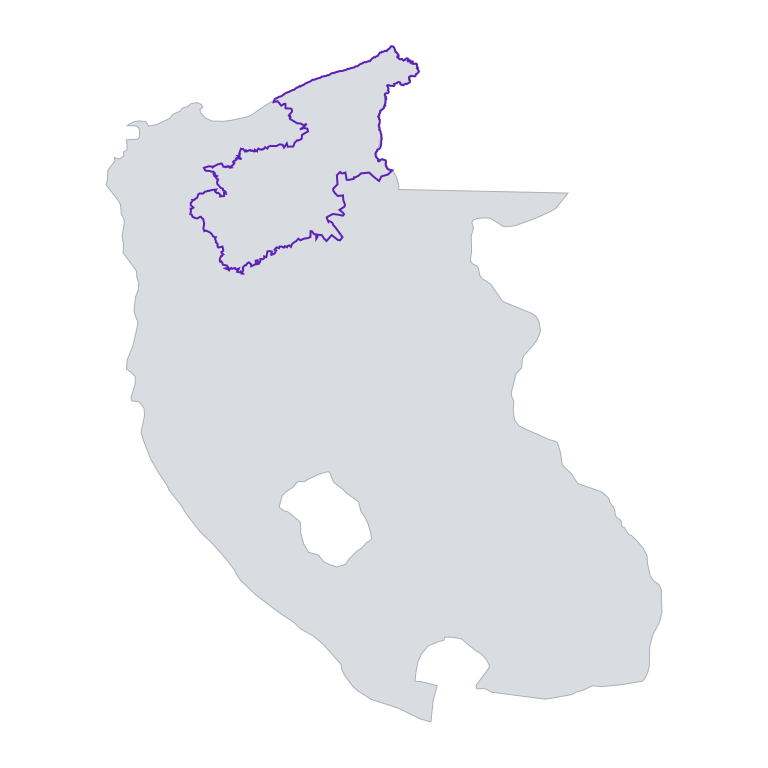 Namakwa, Northern Cape, South Africa shown in context, rotated 90°
{"feature_id": "47623444B2552562251298", "entity_name": "Namakwa", "entity_type": "district", "adm_level": 2, "iso_a3": "ZAF", "parent_name": "South Africa", "parent_adm1": "Northern Cape", "projection": "albers", "projection_center": [17.588, -30.489], "detail": "fine", "context": "in_parent", "style": "outline", "palette": "violet", "viewbox_px": 768, "rotation_deg": 90, "n_neighbors": 0, "source": "geoboundaries", "source_scale": "gbopen_adm2", "svg_char_len": 9663}
<svg xmlns="http://www.w3.org/2000/svg" viewBox="0 0 768 768"><g transform="rotate(90 384 384)"><path d="M589.7,106.7L612.9,106.1L623.0,108.9L634.8,115.2L646.2,118.2L665.9,118.7L672.6,120.3L677.7,122.6L681.2,125.7L684.5,145.6L686.7,166.9L685.8,173.5L686.1,176.2L690.5,185.6L691.9,191.4L694.5,196.2L698.7,219.2L699.1,223.1L692.2,276.6L688.7,282.7L688.7,291.3L685.4,292.0L667.9,278.9L664.5,278.9L658.8,282.2L653.1,287.9L650.2,293.0L639.0,306.3L637.2,315.4L637.1,323.4L640.2,324.1L641.8,330.0L645.8,339.6L653.7,346.4L661.4,350.0L672.5,352.1L681.3,353.0L681.6,346.9L685.6,330.8L700.1,334.8L721.9,337.1L719.0,347.5L707.9,370.5L699.3,397.0L691.1,409.8L686.7,415.0L675.1,423.6L669.2,426.2L664.5,426.8L644.3,444.8L636.5,453.8L628.9,467.3L622.2,474.4L611.8,490.1L594.2,513.0L579.9,527.8L573.9,531.8L569.9,533.6L559.0,541.9L543.6,555.6L531.7,567.9L514.4,581.5L504.7,587.3L489.8,599.1L485.8,600.7L469.4,611.5L457.7,617.9L439.2,625.0L432.0,626.9L415.3,623.4L408.2,624.0L401.9,628.8L400.8,636.2L398.3,637.1L383.1,632.6L376.6,632.8L372.6,636.5L369.3,641.4L360.5,641.0L345.0,634.9L326.6,630.7L322.3,630.1L313.1,633.5L309.9,633.9L296.9,632.4L289.7,629.7L282.7,629.3L277.3,631.1L270.8,631.6L252.8,644.9L243.8,644.5L236.0,645.9L222.3,643.6L218.2,644.3L214.0,646.7L204.6,647.5L200.9,649.5L184.9,661.9L178.4,660.4L170.2,660.1L161.1,653.2L157.5,653.5L158.5,651.5L158.8,647.9L155.6,644.2L151.9,644.3L150.0,641.2L144.5,640.9L139.8,641.7L139.1,629.9L136.9,628.7L131.3,628.4L128.6,628.8L127.3,629.9L125.8,632.6L125.7,640.8L123.8,638.4L121.6,633.5L120.9,628.2L121.7,622.0L126.0,619.6L124.8,611.8L118.3,598.1L114.3,595.2L111.2,588.1L108.0,585.6L106.7,580.7L103.6,576.8L102.6,570.6L104.3,567.0L107.0,565.1L109.8,568.2L113.2,567.0L118.1,562.5L121.1,555.8L121.3,544.9L120.6,538.1L116.8,520.5L115.0,516.5L106.2,503.9L95.9,487.0L82.7,460.5L76.4,444.6L66.7,412.4L58.1,394.3L47.4,377.4L46.1,376.3L47.7,374.2L53.3,370.2L55.8,369.1L57.2,369.6L58.5,368.5L59.8,365.9L60.7,359.9L63.3,353.5L65.6,350.8L70.6,349.0L74.4,351.4L76.1,353.7L76.7,356.7L78.4,358.2L81.1,358.1L83.0,360.0L84.1,363.8L83.9,366.7L82.4,368.4L82.6,370.7L84.5,373.5L86.7,379.8L96.8,383.0L102.6,383.4L108.0,385.0L113.2,387.8L121.6,388.6L133.3,387.2L142.9,388.0L150.5,390.8L156.0,391.3L159.4,389.7L160.9,387.2L160.5,384.0L162.2,381.9L166.0,381.1L169.1,378.7L171.5,374.7L176.9,371.6L185.4,369.2L189.5,369.4L193.1,200.0L208.2,212.0L211.6,217.5L218.7,233.5L225.8,253.3L226.8,262.8L226.4,264.8L218.3,277.4L217.8,283.7L218.5,291.2L220.2,294.9L222.4,296.2L227.9,294.5L236.1,296.8L252.0,296.4L259.8,297.7L261.8,297.1L263.7,295.6L265.9,291.2L267.8,289.8L275.3,288.2L278.7,285.7L284.3,277.1L300.5,266.0L302.4,263.2L313.7,235.5L316.9,231.6L321.5,229.1L330.3,227.5L335.4,228.9L340.8,231.6L346.8,236.1L355.7,244.2L358.8,245.6L368.1,246.4L373.5,251.8L390.7,256.3L395.8,256.5L401.4,254.1L410.3,254.8L420.0,253.5L426.2,248.9L439.6,219.0L441.4,212.3L442.8,210.5L452.2,207.7L463.6,205.9L466.0,204.7L473.7,196.7L483.5,190.3L491.9,166.3L496.6,160.9L499.4,158.6L501.0,158.7L503.5,157.4L506.9,154.7L510.7,153.1L515.0,152.8L517.9,151.0L519.4,147.9L521.7,146.5L524.8,146.8L526.7,145.9L527.3,143.8L534.8,139.2L535.1,137.0L539.6,132.2L548.1,124.8L555.9,120.9L562.9,120.6L576.0,117.7L581.0,114.2L584.4,109.2L589.7,106.7ZM532.8,467.4L543.8,464.3L552.2,459.6L555.0,449.8L561.7,444.2L564.5,438.7L567.0,431.0L564.3,422.4L559.6,419.4L551.3,411.3L547.9,406.1L542.8,401.5L539.5,396.3L533.1,397.2L523.1,400.2L516.7,403.3L511.3,407.1L502.0,409.4L492.4,422.2L489.4,425.1L482.0,434.5L472.0,438.5L471.7,440.3L474.1,448.7L477.8,457.1L481.8,464.1L481.3,468.2L482.5,471.5L486.4,474.0L492.6,482.9L495.8,485.8L506.1,488.7L507.7,488.3L511.0,483.7L511.7,480.3L519.7,470.3L523.1,467.4L532.8,467.4Z" fill="#d9dde1" stroke="#a8b0b8" stroke-width="1"/><path d="M202.9,577.2L205.2,577.3L207.7,574.6L208.9,576.7L208.8,577.4L211.1,577.0L214.2,577.7L214.8,576.2L216.9,575.4L218.3,571.9L218.3,570.4L216.9,568.1L216.8,567.0L218.1,566.2L219.0,564.8L223.6,563.8L228.7,564.6L231.2,563.6L230.6,561.8L232.4,558.1L234.3,556.0L236.3,555.0L237.2,553.3L237.2,552.2L239.2,552.9L241.4,551.9L242.2,552.2L244.1,550.3L245.8,550.6L247.0,550.2L247.5,549.6L246.6,545.6L249.4,544.8L250.9,544.8L252.0,546.5L252.6,546.7L254.4,544.8L254.8,545.7L255.9,545.9L256.1,547.0L259.0,548.2L260.8,548.1L261.1,547.3L261.7,547.7L262.2,545.9L264.7,545.2L265.6,541.0L267.7,539.6L268.4,542.6L269.7,539.5L270.3,538.9L268.7,538.0L268.0,536.7L268.8,535.9L268.0,533.0L269.2,532.4L269.3,531.3L268.5,529.1L269.9,529.6L270.5,530.6L271.8,531.0L272.4,527.7L271.7,527.2L273.6,526.5L273.6,525.1L272.7,525.9L270.1,524.7L267.5,525.2L265.1,522.8L265.1,521.7L263.5,521.0L262.4,519.2L263.9,517.2L266.3,516.8L264.5,513.1L264.2,511.2L262.9,512.1L260.7,512.3L260.2,510.4L263.5,509.5L263.7,509.1L261.5,507.8L258.9,507.6L259.3,505.6L259.0,504.7L258.3,503.8L256.4,503.8L257.1,501.7L251.3,500.5L251.1,498.1L251.7,496.0L254.5,496.9L254.9,496.7L253.7,493.6L250.5,491.8L249.7,493.4L247.4,491.5L248.2,489.0L246.5,488.5L246.6,486.2L247.4,484.9L247.5,483.7L246.7,483.7L246.1,483.0L247.2,480.9L246.1,480.5L245.4,478.8L246.9,477.1L244.5,476.2L242.9,474.8L241.2,471.9L238.7,469.6L240.3,467.5L238.7,464.2L238.2,460.7L237.1,457.6L231.2,457.4L231.3,456.1L234.1,454.0L234.4,451.8L238.8,451.7L236.9,450.5L234.6,451.0L235.2,446.1L238.4,444.1L241.0,441.5L235.1,436.3L240.0,430.1L240.3,427.9L237.1,425.5L227.5,432.5L224.9,434.9L223.3,435.3L222.2,436.4L221.0,439.1L221.8,439.6L217.8,441.3L217.1,441.0L214.0,435.2L214.6,430.1L215.7,425.1L214.3,424.0L213.0,424.7L209.9,428.5L206.7,423.6L204.7,423.0L200.1,424.7L195.4,425.0L196.0,430.2L193.1,433.1L190.8,434.6L188.7,434.8L184.3,430.5L175.3,431.1L172.0,427.9L173.5,425.9L172.6,422.6L179.7,421.4L179.9,419.5L178.9,414.3L177.4,414.1L177.5,413.0L175.6,409.3L173.4,407.0L172.6,398.8L176.9,394.2L181.0,388.9L176.4,386.6L174.6,380.2L170.3,375.7L169.5,379.6L168.5,380.8L165.9,382.1L163.7,382.4L161.8,381.9L160.4,382.3L159.2,385.6L159.8,387.6L160.3,388.3L161.2,388.6L161.4,389.4L160.9,390.0L159.3,389.7L157.4,391.7L155.7,392.4L153.4,392.5L152.3,392.2L151.1,390.9L149.8,390.8L149.2,388.9L146.9,387.4L143.6,386.8L140.5,386.8L138.6,386.2L136.9,386.6L134.4,386.6L133.5,387.2L130.8,387.7L129.7,388.8L128.1,388.5L126.1,389.3L123.8,388.9L123.2,388.3L119.7,388.2L119.2,389.0L117.9,388.9L116.6,389.9L115.5,389.0L114.2,388.9L112.4,387.8L110.9,387.9L108.7,384.9L107.5,383.8L106.4,383.9L105.7,382.8L105.3,383.2L101.8,382.4L100.2,382.5L98.9,381.7L98.1,382.6L97.0,381.9L96.0,382.9L94.7,383.3L93.5,382.7L93.2,380.5L92.8,379.6L91.5,379.2L90.5,379.9L88.4,379.5L85.5,380.9L85.1,380.5L85.3,378.5L85.8,377.6L86.0,374.1L85.2,373.5L83.9,373.8L83.3,371.1L82.3,370.4L82.0,369.5L82.6,367.8L84.1,367.7L84.5,367.3L85.3,365.0L83.7,362.4L84.0,361.2L82.6,358.7L82.0,358.0L81.0,357.9L79.7,358.9L78.8,358.5L77.8,359.1L77.1,359.0L75.8,357.0L76.4,353.5L76.2,352.6L74.0,351.9L73.5,350.7L71.7,349.1L69.2,350.0L68.4,351.1L67.3,350.3L66.5,351.1L64.3,351.0L63.5,352.1L63.9,353.1L63.8,355.6L63.1,356.0L62.1,355.3L61.5,355.3L61.5,356.1L62.5,357.4L60.7,357.5L60.4,357.9L61.3,359.0L61.3,360.1L60.4,360.4L59.3,359.6L58.4,360.3L58.4,361.6L60.6,364.4L59.0,366.0L59.4,368.0L59.1,368.6L58.3,369.1L57.3,370.7L56.3,370.6L55.9,369.4L55.1,369.5L53.1,370.8L52.1,372.4L47.4,373.9L46.4,375.1L46.3,377.0L48.7,378.7L49.7,380.3L51.1,381.3L50.8,382.9L51.7,384.7L51.7,386.0L52.3,386.4L52.5,388.1L56.0,390.4L56.6,392.3L57.3,392.9L57.2,394.0L58.4,395.8L61.2,398.1L61.1,398.9L62.3,402.4L62.1,403.6L62.7,405.0L63.3,405.2L63.8,407.5L66.1,410.4L66.5,412.7L67.5,414.0L68.1,417.0L69.0,419.4L68.7,420.2L70.1,422.3L70.2,423.8L71.0,425.6L71.1,428.7L72.0,431.0L71.8,431.4L73.0,433.9L72.8,434.6L73.5,436.8L75.2,439.2L75.2,440.5L76.0,442.1L76.6,446.2L77.8,447.6L78.3,450.3L79.6,453.2L79.7,455.4L81.2,457.4L83.7,463.0L85.1,464.7L85.3,465.9L86.5,467.5L86.1,468.6L87.3,470.0L87.7,471.5L89.8,473.9L90.2,475.8L91.9,479.0L93.0,482.3L96.1,486.3L96.9,489.2L98.2,491.2L98.5,492.4L99.0,493.2L102.1,494.3L101.2,490.4L105.7,486.7L103.8,483.8L103.9,482.6L108.4,482.4L108.5,477.8L108.9,476.5L111.0,475.9L111.9,476.2L115.4,479.2L116.8,478.4L116.4,477.7L117.1,477.4L118.7,478.2L119.1,477.8L123.4,470.5L123.5,467.4L125.2,464.4L123.9,461.3L126.4,463.7L129.5,468.1L128.0,464.2L128.7,460.6L131.4,460.0L134.8,465.9L138.9,466.4L140.3,469.1L140.3,471.0L142.9,473.4L146.5,474.7L146.7,480.3L143.4,481.2L147.6,484.0L144.7,485.5L144.4,488.4L146.1,491.7L145.9,497.4L146.7,499.6L148.6,500.6L147.2,502.9L149.2,504.5L149.2,505.7L149.7,506.1L149.4,508.0L148.2,510.2L148.8,509.8L149.6,510.5L151.3,510.9L149.9,513.0L151.3,513.0L151.4,514.2L150.6,515.4L151.0,516.2L150.7,517.3L150.0,517.5L150.4,519.2L151.5,521.2L151.4,521.8L150.4,521.9L150.4,522.6L151.2,523.2L148.9,525.0L149.1,526.2L148.7,527.0L153.3,528.7L153.8,528.1L154.5,528.6L155.5,528.4L155.9,530.4L159.1,526.5L158.0,531.3L158.5,531.9L159.0,531.2L160.3,532.2L160.6,533.5L161.8,534.9L162.5,534.6L163.1,533.6L164.3,534.4L165.9,536.3L166.6,536.5L166.7,538.6L167.5,537.0L167.7,538.3L166.1,539.7L166.3,540.7L166.6,540.5L167.1,541.3L166.8,542.1L167.2,542.5L166.5,543.9L166.7,544.6L163.5,546.3L164.2,549.8L166.7,554.9L167.1,554.8L167.5,555.4L166.6,556.0L166.3,559.1L167.8,564.1L170.1,563.0L170.8,562.1L171.0,558.2L171.8,556.3L171.6,554.8L172.9,553.4L173.9,554.5L175.9,553.6L175.0,552.5L175.9,552.1L176.2,551.0L177.2,552.2L178.7,551.4L179.4,549.9L180.6,550.1L181.5,551.0L184.0,550.7L188.0,547.1L188.7,545.1L190.4,545.0L191.1,543.2L191.9,542.4L193.7,542.0L193.1,544.0L196.0,543.9L196.4,547.9L195.0,547.5L192.8,549.7L193.1,551.1L191.5,552.9L189.5,551.8L190.1,556.7L191.0,559.2L190.7,559.8L191.5,561.7L191.7,563.2L193.2,564.4L193.6,565.2L193.4,568.3L194.5,569.8L197.7,570.8L199.2,573.3L199.8,573.6L200.0,575.7L200.7,575.3L202.9,577.2Z" fill="none" stroke="#5b21b6" stroke-width="2"/></g></svg>